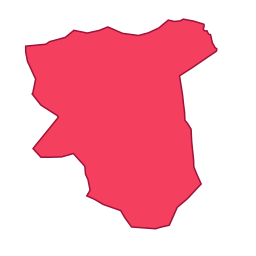 the district of Matad, Dornod, Mongolia, rotated 264°
{"feature_id": "93677404B45746313911559", "entity_name": "Matad", "entity_type": "district", "adm_level": 2, "iso_a3": "MNG", "parent_name": "Mongolia", "parent_adm1": "Dornod", "projection": "albers", "projection_center": [116.446, 47.104], "detail": "fine", "context": "isolated", "style": "filled", "palette": "rose", "viewbox_px": 256, "rotation_deg": 264, "n_neighbors": 0, "source": "geoboundaries", "source_scale": "gbopen_adm2", "svg_char_len": 1702}
<svg xmlns="http://www.w3.org/2000/svg" viewBox="0 0 256 256"><g transform="rotate(264 128 128)"><path d="M64.8,79.9L60.7,87.1L54.6,95.3L46.6,112.1L39.1,115.5L29.2,121.2L24.9,144.9L25.9,149.8L27.0,158.9L44.0,168.7L50.3,178.0L52.3,180.7L64.7,194.9L76.3,191.1L82.6,189.4L89.4,189.9L107.4,189.9L120.3,190.6L127.0,187.3L129.7,185.4L137.8,185.9L147.0,185.7L155.3,185.7L174.5,184.7L181.3,198.2L190.6,215.4L195.2,224.0L197.3,224.6L198.1,223.9L198.2,223.7L199.0,222.9L203.9,220.8L209.1,220.2L212.3,219.8L212.3,219.5L212.4,219.1L212.5,218.9L212.6,218.7L212.7,218.4L212.8,218.3L212.9,218.2L213.0,218.1L213.2,217.9L213.3,217.9L214.6,217.3L216.4,216.7L216.5,215.0L216.6,214.8L216.7,214.6L216.7,214.4L216.8,214.3L216.8,214.2L217.0,214.1L217.2,213.9L217.3,213.9L217.5,213.8L217.6,213.7L217.8,213.6L218.0,213.4L218.3,213.2L218.5,213.2L218.6,213.3L218.8,213.3L219.1,213.4L219.3,213.5L219.6,213.6L219.8,213.8L220.0,213.9L220.3,214.0L220.5,214.1L220.8,214.2L221.0,214.2L221.3,214.3L221.5,214.3L221.9,214.4L222.0,214.4L222.4,214.4L222.7,214.4L222.8,214.4L223.0,214.4L223.3,214.2L227.4,204.6L230.5,194.3L229.1,191.2L229.1,185.4L231.1,179.3L224.2,169.0L220.5,158.1L218.9,148.1L222.7,132.5L230.6,118.5L228.1,109.7L226.7,97.4L230.8,84.4L224.7,75.2L222.1,59.2L219.9,55.0L220.1,34.8L214.4,34.2L209.5,34.6L204.7,35.0L199.3,36.9L193.8,38.7L187.1,41.0L186.4,41.3L183.3,40.3L179.7,39.2L174.1,37.4L171.7,36.7L171.7,36.4L167.0,39.3L160.0,43.7L157.2,47.1L153.1,52.3L150.4,55.6L147.7,59.0L145.9,59.8L140.8,54.7L135.7,49.6L132.8,46.7L127.9,41.8L125.7,39.6L121.0,34.8L117.4,31.4L108.0,38.4L107.0,48.3L106.2,59.0L108.3,71.0L94.4,81.1L86.5,80.9L81.0,82.8L70.1,83.8L64.8,79.9Z" fill="#f43f5e" stroke="#9f1239" stroke-width="1.5"/></g></svg>